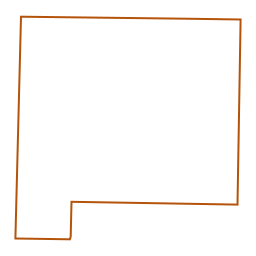 outline of Shelby, Missouri, United States of America
{"feature_id": "52423323B55967272276048", "entity_name": "Shelby", "entity_type": "district", "adm_level": 2, "iso_a3": "USA", "parent_name": "United States of America", "parent_adm1": "Missouri", "projection": "mercator", "projection_center": [-92.119, 39.778], "detail": "fine", "context": "isolated", "style": "outline", "palette": "amber", "viewbox_px": 256, "rotation_deg": 0, "n_neighbors": 0, "source": "geoboundaries", "source_scale": "gbopen_adm2", "svg_char_len": 225}
<svg xmlns="http://www.w3.org/2000/svg" viewBox="0 0 256 256"><path d="M21.0,16.7L15.4,238.5L69.9,239.3L70.7,236.7L71.5,201.8L237.5,204.6L240.6,19.5L185.5,18.7L21.0,16.7Z" fill="none" stroke="#b45309" stroke-width="2"/></svg>